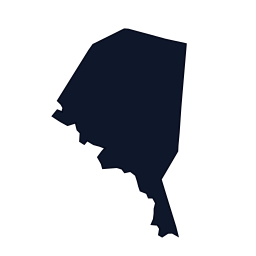 the district of Angelim, Pernambuco, Brazil, rotated 195°
{"feature_id": "56859067B85610748875596", "entity_name": "Angelim", "entity_type": "district", "adm_level": 2, "iso_a3": "BRA", "parent_name": "Brazil", "parent_adm1": "Pernambuco", "projection": "albers", "projection_center": [-36.281, -8.876], "detail": "fine", "context": "isolated", "style": "filled", "palette": "ink", "viewbox_px": 256, "rotation_deg": 195, "n_neighbors": 0, "source": "geoboundaries", "source_scale": "gbopen_adm2", "svg_char_len": 857}
<svg xmlns="http://www.w3.org/2000/svg" viewBox="0 0 256 256"><g transform="rotate(195 128 128)"><path d="M102.4,74.5L99.8,70.6L93.0,69.8L90.1,66.0L86.0,67.1L81.7,62.6L81.6,56.8L80.4,52.2L79.6,46.6L80.4,41.0L74.6,42.0L71.2,39.0L70.6,32.8L66.9,31.8L62.3,36.9L58.1,38.2L51.9,36.6L56.5,44.8L74.6,73.6L82.9,86.9L81.2,92.9L74.2,118.4L75.4,123.8L77.7,137.1L82.3,160.5L84.5,172.6L93.7,224.2L114.7,223.2L153.2,223.3L157.2,222.5L183.3,199.5L185.8,192.7L203.0,136.1L198.9,133.8L195.8,130.7L195.8,126.4L200.9,127.0L204.1,119.9L198.3,118.0L194.5,116.8L190.8,115.9L187.1,115.0L180.0,119.5L176.5,113.1L172.7,110.9L171.0,102.6L166.1,101.1L164.2,105.3L156.9,103.3L150.9,103.3L144.9,102.7L147.0,98.5L149.6,92.0L144.3,86.6L141.9,82.5L128.6,87.2L123.2,87.0L119.7,84.2L114.5,86.9L108.3,84.3L104.9,79.0L102.4,74.5Z" fill="#0f172a" stroke="#020617" stroke-width="1.5"/></g></svg>